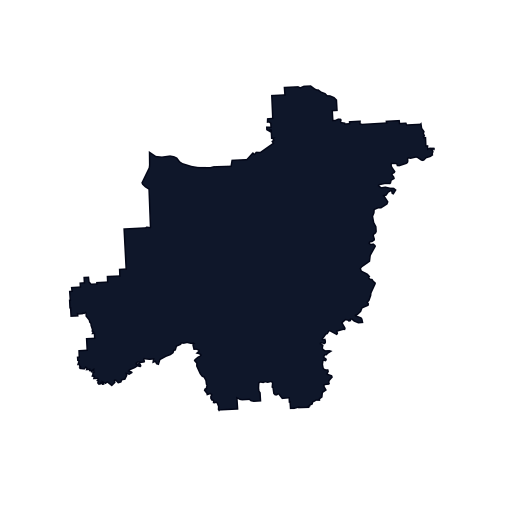 the district of Logan, Queensland, Australia, rotated 348°
{"feature_id": "25037944B44262560811074", "entity_name": "Logan", "entity_type": "district", "adm_level": 2, "iso_a3": "AUS", "parent_name": "Australia", "parent_adm1": "Queensland", "projection": "mercator", "projection_center": [153.051, -27.763], "detail": "fine", "context": "isolated", "style": "filled", "palette": "ink", "viewbox_px": 512, "rotation_deg": 348, "n_neighbors": 0, "source": "geoboundaries", "source_scale": "gbopen_adm2", "svg_char_len": 6056}
<svg xmlns="http://www.w3.org/2000/svg" viewBox="0 0 512 512"><g transform="rotate(348 256 256)"><path d="M173.4,132.5L170.9,144.9L170.0,147.6L159.8,160.7L160.1,162.2L162.2,165.3L165.3,168.3L158.8,205.9L158.4,206.3L155.1,205.1L153.9,205.6L132.6,202.2L126.3,241.8L119.8,240.8L118.7,247.3L106.4,245.2L105.5,250.7L94.8,249.0L94.6,250.3L88.8,249.4L87.2,246.6L87.7,242.0L83.4,241.3L82.6,246.6L78.4,246.0L77.8,249.9L69.1,248.6L68.8,252.3L66.4,252.0L65.2,260.7L64.5,260.6L63.3,268.0L63.9,268.1L62.6,276.4L69.2,277.5L69.4,275.2L70.4,275.8L74.2,276.3L74.7,275.8L75.8,276.4L77.5,275.8L77.9,276.9L77.4,279.5L79.6,283.8L79.7,286.2L80.6,287.7L80.3,289.6L80.8,294.0L80.2,295.4L81.2,296.2L80.0,297.8L81.9,298.1L81.1,303.0L73.1,301.7L71.3,313.1L63.2,311.9L62.1,318.2L60.4,318.0L60.0,321.1L61.2,321.8L59.5,324.8L60.5,324.6L60.6,327.1L61.4,327.6L61.2,328.3L60.3,328.7L60.6,329.4L64.6,330.7L66.4,329.3L67.4,330.8L66.7,331.9L69.8,332.2L69.5,333.5L71.1,333.9L71.0,335.0L71.4,335.2L73.0,333.3L73.7,333.1L73.3,334.4L73.4,336.1L72.2,336.5L72.0,337.8L70.9,339.4L72.9,340.2L71.9,342.1L75.7,342.8L76.0,344.2L74.9,344.9L76.0,345.8L74.9,347.2L75.6,348.6L76.9,348.8L78.0,347.5L79.1,349.5L80.2,349.6L79.7,347.1L82.3,349.2L84.4,348.2L88.0,352.6L91.6,350.3L91.7,348.2L92.3,348.0L93.1,348.3L94.9,351.3L97.6,351.1L99.0,349.1L102.1,349.2L104.6,346.0L104.6,343.8L107.4,345.2L110.3,344.2L110.2,343.7L107.4,341.9L108.6,341.0L114.1,339.9L117.2,338.7L119.7,340.0L120.4,339.5L120.1,337.5L119.3,337.0L116.5,337.1L116.2,336.6L116.5,335.9L118.1,335.1L121.5,336.1L124.5,336.3L124.9,335.7L124.6,333.7L125.1,333.1L130.5,334.9L134.5,335.3L133.3,338.5L135.7,338.1L136.4,340.7L138.0,341.6L140.4,337.3L147.1,335.3L151.8,334.6L154.7,333.3L155.9,331.2L157.5,331.1L159.4,327.6L163.9,326.7L164.8,325.5L167.2,326.2L170.7,326.2L174.5,328.0L176.7,328.2L177.2,328.7L176.5,328.9L175.9,329.8L176.0,334.3L178.4,334.7L180.7,336.4L180.7,337.2L178.1,338.7L180.0,339.6L181.4,340.8L181.6,341.6L180.4,342.5L178.4,342.9L174.8,344.8L174.2,345.6L175.9,348.5L175.2,351.3L177.0,359.4L178.4,362.4L180.1,363.6L181.2,367.3L180.9,371.0L181.3,372.8L180.3,374.1L180.2,375.4L178.6,375.5L177.8,376.7L179.5,380.1L179.5,381.4L182.8,381.0L183.9,382.7L182.7,384.0L182.3,385.7L182.9,387.7L184.0,388.1L184.5,389.0L184.0,390.5L184.9,390.9L186.7,390.7L187.6,391.8L188.2,395.5L187.4,398.2L187.8,399.3L188.3,398.9L206.2,401.8L207.8,390.7L210.6,392.9L212.6,393.7L219.8,394.8L221.1,396.5L223.6,397.6L230.3,398.6L231.5,390.6L230.7,388.8L231.0,385.8L232.3,380.7L234.1,380.1L236.8,381.2L238.8,380.8L241.2,381.9L244.4,381.8L245.3,382.3L245.9,383.6L244.6,387.6L245.3,388.3L244.9,394.2L245.9,395.7L247.4,396.1L249.0,395.3L249.8,396.0L252.1,400.7L259.0,401.5L258.3,405.8L259.0,405.9L258.1,412.2L261.7,412.9L266.5,412.6L266.4,413.2L275.9,414.9L276.3,414.7L275.9,413.9L276.5,413.5L277.3,413.7L277.4,413.1L280.3,412.3L280.6,410.8L284.9,409.4L288.1,410.2L288.4,408.8L291.1,407.6L292.5,403.3L296.5,401.6L295.4,398.1L295.4,396.5L297.0,396.0L300.5,396.4L301.0,396.0L300.8,395.0L301.5,393.0L305.2,390.3L305.0,388.9L301.1,386.5L301.1,385.8L302.6,383.9L302.5,382.4L300.7,382.1L298.8,380.9L298.3,379.4L298.4,375.8L299.7,372.2L300.8,372.0L302.1,372.8L303.0,372.1L302.9,371.1L301.1,369.3L301.3,368.6L302.7,366.9L304.3,367.2L305.7,366.1L309.4,364.7L308.2,364.0L303.8,363.2L301.9,361.2L301.7,359.8L302.8,357.2L300.8,355.5L301.0,354.6L301.9,354.4L304.8,355.8L305.7,355.2L306.1,353.6L306.0,351.9L304.7,352.1L303.5,351.4L303.5,351.0L308.0,346.9L309.6,346.6L311.7,344.3L313.0,344.6L318.6,349.4L319.5,348.6L319.3,346.3L326.0,345.8L327.4,346.2L328.0,345.1L326.1,339.2L330.3,336.8L332.7,337.8L333.4,338.9L334.9,338.8L334.7,337.8L335.3,337.4L336.8,337.7L338.5,340.0L342.3,342.6L346.4,343.1L346.4,339.8L345.8,338.4L341.1,335.3L340.9,334.7L343.2,334.1L346.8,331.9L348.8,328.8L355.4,327.4L355.9,326.2L355.2,324.3L357.2,322.9L359.9,318.5L360.7,316.0L366.8,307.8L366.8,306.9L365.4,305.3L364.6,303.2L362.5,302.4L361.7,300.9L361.7,300.3L362.6,299.6L361.1,297.0L355.8,292.7L355.4,289.9L357.0,288.5L365.9,284.7L367.8,279.1L374.6,271.3L374.5,270.5L373.2,268.8L370.5,268.7L369.3,267.1L370.0,265.9L372.6,265.9L374.9,264.9L375.2,264.0L374.9,260.2L375.9,259.0L377.7,258.2L378.6,256.9L379.3,252.3L378.0,247.8L378.2,241.4L380.3,238.3L381.2,235.1L385.4,234.2L388.3,234.8L394.9,232.3L396.1,230.4L393.4,223.4L395.8,223.5L398.6,220.9L401.4,220.1L402.3,220.4L402.3,223.0L403.2,223.7L406.3,220.5L404.7,218.5L401.3,217.7L396.8,215.6L392.6,215.4L390.5,213.0L390.5,212.3L391.7,211.8L397.1,211.8L402.0,212.9L402.7,212.5L403.9,209.9L407.1,208.9L407.1,207.5L405.8,204.7L406.5,203.7L408.5,203.1L409.2,202.3L407.1,197.1L407.0,195.1L407.7,193.6L411.8,194.5L413.0,195.2L413.1,196.9L414.9,197.4L422.2,196.6L423.5,196.0L424.2,194.7L424.5,192.4L425.5,191.6L427.4,192.5L433.2,192.4L434.5,193.1L437.7,196.5L439.0,197.1L440.2,196.9L442.7,195.2L447.2,194.8L449.6,193.8L449.5,192.8L450.7,190.7L450.4,188.9L449.4,188.6L449.4,187.9L451.6,188.0L452.2,188.7L452.5,188.3L452.4,187.7L448.4,186.8L446.1,187.3L446.7,184.0L445.0,183.7L446.4,175.5L445.0,175.3L445.3,175.0L444.6,174.1L445.7,173.2L445.1,171.1L446.1,169.2L444.5,165.6L444.8,161.0L444.2,161.4L430.5,159.2L430.2,157.3L423.9,156.3L424.2,153.4L411.5,151.4L411.5,153.1L387.0,149.4L385.1,148.3L385.8,145.8L375.4,144.2L375.1,146.1L370.2,145.4L370.3,144.5L366.8,143.2L366.7,141.6L367.4,140.7L367.1,139.9L364.9,139.3L361.8,140.0L359.3,139.5L360.8,129.7L365.5,130.4L367.1,120.2L365.2,117.3L361.6,114.8L358.8,114.1L357.3,111.6L353.6,109.2L351.4,106.6L349.8,106.2L348.1,104.9L344.8,101.1L338.1,100.0L334.2,100.8L332.3,99.3L318.8,97.1L317.8,104.5L304.8,102.4L301.0,124.9L295.9,124.3L295.1,127.4L296.8,127.6L298.1,129.3L297.5,133.2L293.3,132.3L292.9,134.7L295.8,137.3L296.1,135.7L297.1,136.0L295.8,144.1L297.4,144.4L296.9,144.6L297.6,146.5L295.7,147.3L296.5,149.4L281.8,155.7L277.8,154.7L275.7,156.4L274.7,155.8L274.8,155.1L274.3,154.7L267.1,159.9L252.5,157.5L250.3,163.1L233.1,160.0L229.7,160.2L217.6,157.5L211.5,155.1L203.1,150.4L200.8,148.1L198.8,143.8L196.3,141.9L192.7,140.4L184.5,139.8L178.6,137.9L173.4,132.5Z" fill="#0f172a" stroke="#020617" stroke-width="1.5"/></g></svg>